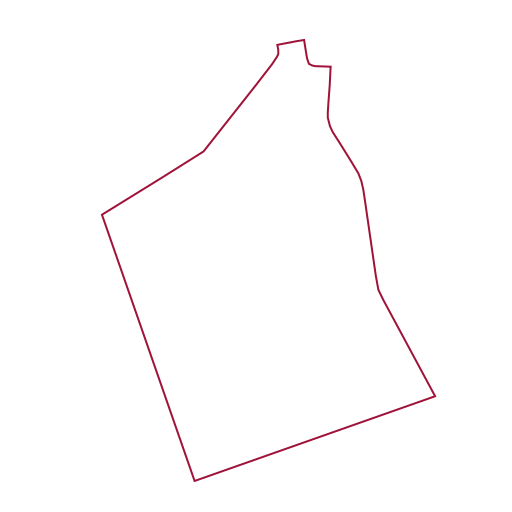 El Mina, Nouakchott, Mauritania (orthographic projection), rotated 341°
{"feature_id": "47542326B34919448738513", "entity_name": "El Mina", "entity_type": "district", "adm_level": 2, "iso_a3": "MRT", "parent_name": "Mauritania", "parent_adm1": "Nouakchott", "projection": "orthographic", "projection_center": [-15.982, 18.027], "detail": "fine", "context": "isolated", "style": "outline", "palette": "rose", "viewbox_px": 512, "rotation_deg": 341, "n_neighbors": 0, "source": "geoboundaries", "source_scale": "gbopen_adm2", "svg_char_len": 595}
<svg xmlns="http://www.w3.org/2000/svg" viewBox="0 0 512 512"><g transform="rotate(341 256 256)"><path d="M388.2,101.3L373.6,95.7L371.1,94.1L368.6,91.5L368.6,88.5L368.6,85.9L369.6,79.8L371.8,67.4L363.2,65.9L362.8,65.9L344.9,63.3L344.2,68.2L342.8,72.3L341.0,74.2L334.2,79.5L312.0,94.1L240.4,140.1L192.5,151.3L123.8,166.8L124.7,448.7L379.7,446.9L362.1,339.2L360.7,327.9L362.8,314.0L377.2,238.3L379.0,228.5L380.0,219.5L379.7,211.2L376.4,195.8L372.5,178.8L368.9,163.8L368.2,157.4L368.9,148.7L370.4,144.2L374.3,134.8L381.1,119.0L388.2,101.3Z" fill="none" stroke="#9f1239" stroke-width="2"/></g></svg>